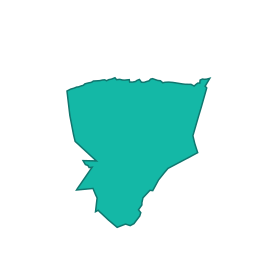 Panelas, Pernambuco, Brazil (Natural Earth projection), rotated 35°
{"feature_id": "56859067B81090165312153", "entity_name": "Panelas", "entity_type": "district", "adm_level": 2, "iso_a3": "BRA", "parent_name": "Brazil", "parent_adm1": "Pernambuco", "projection": "natural_earth1", "projection_center": [-36.058, -8.657], "detail": "fine", "context": "isolated", "style": "filled", "palette": "teal", "viewbox_px": 256, "rotation_deg": 35, "n_neighbors": 0, "source": "geoboundaries", "source_scale": "gbopen_adm2", "svg_char_len": 1347}
<svg xmlns="http://www.w3.org/2000/svg" viewBox="0 0 256 256"><g transform="rotate(35 128 128)"><path d="M109.5,81.7L108.1,83.8L107.4,85.7L105.3,87.9L103.0,89.4L101.3,87.7L97.7,90.8L95.9,91.9L93.3,92.9L90.9,95.0L88.5,94.3L86.3,97.6L84.6,99.3L83.3,101.6L81.3,101.9L79.6,103.3L77.8,105.3L75.6,107.1L72.7,109.4L71.8,111.6L69.6,113.9L67.4,116.5L66.9,118.7L65.5,120.4L63.8,122.8L62.4,124.0L61.1,126.1L58.7,129.1L56.8,132.7L73.2,151.1L87.2,164.7L92.4,169.3L114.1,172.2L121.0,173.1L109.9,180.5L114.1,182.4L116.6,181.7L118.9,182.7L121.1,180.7L121.2,192.1L121.3,206.2L121.4,208.3L134.0,197.6L139.8,201.3L142.8,203.0L149.4,215.2L150.8,212.5L152.7,212.9L156.0,213.3L164.9,214.6L176.1,215.6L178.1,212.6L181.1,208.1L185.8,206.7L187.7,203.0L188.1,193.4L187.0,190.0L183.5,189.0L183.5,186.1L183.5,183.1L182.2,181.2L180.3,176.6L181.7,166.5L184.2,165.1L182.8,152.9L183.4,143.7L183.9,138.2L195.7,115.2L196.9,112.8L199.2,108.2L195.2,105.2L191.3,102.2L185.6,97.1L179.2,78.4L176.1,69.0L169.5,50.0L167.2,49.5L166.5,40.4L164.5,42.8L162.7,44.3L160.9,45.2L159.6,47.4L161.0,50.0L159.4,51.2L158.7,53.2L158.1,55.7L154.6,56.1L149.9,59.3L147.5,60.6L143.8,62.4L138.7,64.9L135.1,67.0L132.0,69.4L130.6,71.0L127.4,70.7L125.1,72.0L122.6,72.7L119.8,73.5L118.5,75.0L118.2,77.3L116.6,79.2L115.0,81.4L112.8,82.8L109.5,81.7Z" fill="#14b8a6" stroke="#0f766e" stroke-width="1.5"/></g></svg>